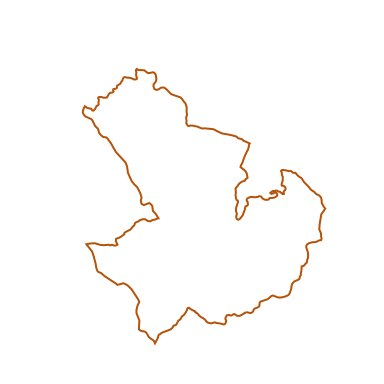 Bannang Sata, Yala, Thailand (Albers equal-area conic projection), rotated 68°
{"feature_id": "78962969B58904714104170", "entity_name": "Bannang Sata", "entity_type": "district", "adm_level": 2, "iso_a3": "THA", "parent_name": "Thailand", "parent_adm1": "Yala", "projection": "albers", "projection_center": [101.271, 6.261], "detail": "fine", "context": "isolated", "style": "outline", "palette": "amber", "viewbox_px": 384, "rotation_deg": 68, "n_neighbors": 0, "source": "geoboundaries", "source_scale": "gbopen_adm2", "svg_char_len": 6029}
<svg xmlns="http://www.w3.org/2000/svg" viewBox="0 0 384 384"><g transform="rotate(68 192 192)"><path d="M257.3,74.7L253.9,75.5L250.8,75.8L247.9,74.8L246.3,74.5L244.8,74.6L242.8,75.4L240.4,77.6L237.5,78.7L235.2,80.4L233.8,81.1L230.8,81.9L225.1,84.3L220.2,85.3L217.5,87.2L216.1,87.9L212.9,88.9L212.6,90.1L212.0,91.1L211.4,91.5L210.5,91.7L209.7,92.4L209.2,93.4L209.0,94.4L206.5,97.7L205.4,100.1L205.6,101.3L206.0,101.7L207.3,101.4L209.8,102.2L212.2,102.2L213.8,103.0L214.9,103.3L218.5,106.1L219.4,106.3L219.9,106.2L220.6,104.7L222.2,103.9L223.4,103.8L224.6,104.4L225.0,104.9L225.5,106.2L226.6,107.3L227.1,107.6L227.5,107.3L227.9,107.4L228.2,107.5L228.2,108.1L227.8,108.8L224.8,110.3L224.0,111.7L222.4,112.9L222.1,113.6L222.2,114.6L221.5,116.2L221.4,117.3L222.1,119.7L222.6,119.7L223.4,119.2L223.8,117.1L223.4,115.6L224.0,114.7L224.5,114.2L225.3,113.9L226.1,113.9L226.8,114.0L227.4,114.8L227.7,115.4L228.0,117.8L227.7,119.3L226.9,121.8L226.9,122.6L227.6,123.8L227.6,124.4L227.4,125.3L226.7,126.8L226.0,127.8L224.2,129.1L222.3,129.5L221.7,130.2L221.2,131.0L221.0,132.0L221.2,132.7L220.4,136.0L219.4,137.4L218.5,139.7L218.6,142.5L218.8,143.1L219.2,143.9L219.8,144.3L220.7,144.5L222.1,144.1L224.2,144.7L225.0,145.2L225.4,145.9L225.4,147.7L225.8,148.1L229.3,150.6L230.6,152.1L231.9,152.9L232.7,153.9L234.7,157.4L235.0,158.4L235.1,159.3L235.0,159.6L234.0,160.5L232.1,160.5L231.0,160.1L229.4,158.7L228.6,158.5L226.2,158.3L224.8,157.9L222.6,156.6L218.6,153.1L217.2,152.8L216.0,153.6L214.4,153.6L211.0,152.7L208.4,151.3L205.4,150.5L204.4,149.3L203.4,147.4L202.4,146.0L201.7,144.3L201.1,142.1L201.4,138.9L200.4,137.8L199.7,135.2L195.4,134.3L192.6,134.6L187.0,137.7L185.7,136.7L184.0,134.5L181.0,132.0L178.2,129.3L175.0,125.9L173.8,124.3L172.2,123.0L169.4,121.3L168.6,120.3L163.5,125.2L161.8,125.9L159.4,129.1L157.8,129.7L156.8,130.5L153.2,135.4L149.1,142.0L145.7,145.3L142.1,148.3L141.2,149.7L137.6,156.6L137.2,158.2L136.2,159.8L133.8,162.0L130.8,166.3L129.8,168.5L129.8,170.1L128.8,171.1L126.2,171.6L124.1,170.4L120.8,169.6L118.8,167.8L115.2,166.8L111.3,165.1L107.2,164.9L105.1,165.7L101.5,166.5L99.8,167.4L94.7,173.4L92.8,175.0L88.4,176.7L86.3,177.7L84.8,178.7L83.9,180.6L83.7,182.0L84.3,184.2L84.1,186.4L83.1,187.8L81.9,188.3L79.5,188.1L77.6,187.1L76.8,185.3L75.8,184.0L74.2,182.8L69.9,181.7L67.7,182.1L66.5,183.1L66.1,184.5L65.9,186.5L65.1,188.3L63.7,189.3L61.3,190.6L58.7,196.2L57.2,197.1L57.7,198.0L58.3,198.5L60.7,198.9L62.1,199.9L65.0,200.4L65.9,200.4L66.5,200.9L66.6,201.2L66.6,202.0L65.8,203.9L64.6,204.7L62.5,207.3L62.1,208.6L60.3,211.2L60.2,212.2L60.9,213.4L62.5,214.8L63.4,216.3L64.6,217.7L64.9,218.4L65.3,221.4L65.6,221.8L67.3,222.7L67.6,223.1L67.6,224.1L67.2,226.4L67.4,226.7L68.1,227.0L69.3,227.0L69.8,227.6L69.9,228.8L69.4,230.7L69.5,231.4L70.1,232.5L71.2,233.7L72.5,235.6L71.6,238.5L69.7,240.8L69.1,242.7L69.3,243.5L69.6,243.8L70.2,243.9L71.3,243.8L71.9,243.9L74.3,245.4L75.4,245.5L75.9,245.8L76.4,246.6L76.5,248.2L78.6,250.7L79.5,252.2L79.6,252.9L79.2,253.7L78.9,254.0L77.3,254.3L76.8,254.6L76.0,256.0L74.3,258.0L72.3,259.2L73.8,260.9L75.5,262.5L77.4,263.5L80.1,263.3L82.1,262.5L86.8,258.0L88.4,257.5L94.5,257.1L98.0,255.6L99.3,255.5L102.1,256.0L105.0,255.2L107.6,253.8L109.5,250.8L110.8,250.3L117.0,248.8L122.2,248.2L126.7,247.5L139.6,242.6L143.9,242.6L150.2,244.2L158.9,243.9L163.2,242.7L166.8,241.1L168.8,240.8L173.9,240.4L178.2,240.8L181.0,242.8L184.1,243.2L186.1,241.6L186.2,235.7L188.5,234.5L190.1,234.1L194.8,235.3L199.2,233.7L203.8,233.0L203.6,233.6L203.7,236.6L203.3,239.0L203.3,240.4L203.6,241.3L203.4,241.9L202.4,243.8L200.0,245.4L199.3,246.5L198.9,247.6L198.6,250.1L198.7,251.3L199.1,252.2L199.2,255.7L199.5,256.5L201.1,257.8L201.5,258.3L201.7,259.4L203.8,263.3L204.2,268.6L204.4,269.5L204.8,270.2L205.9,270.7L206.8,274.5L207.1,276.3L206.9,279.6L207.2,280.2L209.1,281.0L211.1,280.9L212.6,280.7L213.0,281.0L213.1,281.7L213.0,282.9L212.4,284.4L210.9,286.0L211.1,286.6L210.7,288.1L209.7,288.9L208.2,294.0L206.5,297.1L203.2,301.1L201.6,305.7L200.9,309.5L209.9,306.9L215.4,307.3L222.3,308.2L226.2,309.1L228.9,309.3L230.2,309.2L231.2,308.6L233.0,306.7L237.5,304.4L248.6,296.7L250.2,295.9L250.9,289.7L254.2,286.8L259.7,284.4L271.6,282.1L274.3,282.1L276.7,284.9L280.6,287.7L283.8,288.9L291.3,288.9L299.5,292.7L301.4,291.5L302.3,290.4L303.0,289.1L303.9,287.9L305.4,287.1L306.8,286.8L310.1,286.5L311.8,285.6L314.6,283.7L316.1,283.0L318.4,283.0L314.5,278.3L312.7,277.0L312.0,276.3L311.8,275.8L311.9,274.8L311.4,273.6L311.2,272.3L311.4,263.4L310.8,261.5L310.3,260.6L309.1,259.3L309.0,258.5L309.3,257.8L309.3,256.9L308.9,256.1L306.3,253.0L305.7,250.7L305.1,249.7L303.6,248.0L303.0,245.6L301.3,242.9L299.8,241.1L298.4,240.0L298.0,239.3L298.2,238.4L298.7,237.9L300.7,236.7L304.1,233.7L304.7,234.0L306.6,232.5L309.3,231.6L311.4,230.5L313.3,228.8L315.6,227.6L317.6,227.1L318.9,226.4L320.8,223.9L321.2,222.2L321.2,220.6L321.7,219.3L322.4,218.7L324.6,214.9L326.2,212.9L326.8,211.7L326.7,210.8L325.5,209.4L323.9,208.4L322.2,208.6L321.5,208.3L319.5,206.1L319.4,205.8L319.9,203.6L320.7,202.8L321.3,201.8L321.2,200.7L320.9,199.8L320.9,198.7L321.4,198.1L322.9,197.2L323.8,196.3L324.5,194.8L324.7,193.3L323.9,188.2L323.9,187.0L324.2,185.9L325.8,183.7L326.2,183.0L326.2,182.4L326.2,181.4L325.8,180.5L325.2,179.7L324.4,179.1L323.9,178.5L323.6,177.6L323.6,174.5L323.5,173.3L323.1,172.6L322.7,172.1L320.4,171.0L319.7,170.4L319.3,169.6L319.7,162.6L319.6,161.5L318.1,157.1L318.3,155.7L321.7,152.1L322.7,150.3L323.2,148.8L323.8,145.0L323.8,142.9L323.6,141.1L323.2,140.3L322.6,139.5L319.2,136.5L318.0,135.7L317.0,135.3L314.5,133.3L313.7,131.7L313.2,130.0L313.2,126.8L312.9,125.1L310.8,123.6L309.8,122.2L308.2,121.6L305.4,119.7L302.0,118.2L302.3,116.5L301.9,115.0L301.0,113.7L300.6,112.2L299.1,111.1L297.6,110.3L296.5,109.1L295.2,108.5L292.1,107.3L290.7,107.1L286.1,106.8L284.8,106.2L283.7,104.9L283.4,103.1L283.4,101.6L283.6,99.6L284.0,98.1L284.6,96.8L284.8,95.2L284.5,92.4L285.0,90.4L283.8,89.3L282.2,89.1L278.6,87.9L274.3,88.0L269.9,85.8L261.6,80.8L260.6,79.8L259.8,78.3L257.3,74.7Z" fill="none" stroke="#b45309" stroke-width="2"/></g></svg>